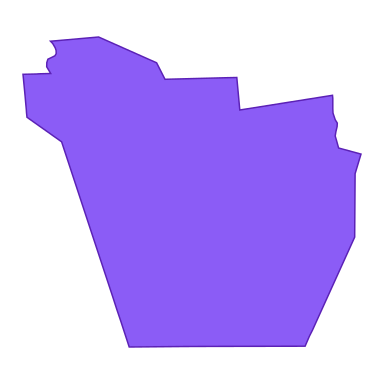 Regeneração, Piauí, Brazil (Natural Earth projection)
{"feature_id": "56859067B83556019928691", "entity_name": "Regeneração", "entity_type": "district", "adm_level": 2, "iso_a3": "BRA", "parent_name": "Brazil", "parent_adm1": "Piauí", "projection": "natural_earth1", "projection_center": [-42.521, -6.346], "detail": "fine", "context": "isolated", "style": "filled", "palette": "violet", "viewbox_px": 384, "rotation_deg": 0, "n_neighbors": 0, "source": "geoboundaries", "source_scale": "gbopen_adm2", "svg_char_len": 769}
<svg xmlns="http://www.w3.org/2000/svg" viewBox="0 0 384 384"><path d="M120.8,321.2L129.2,347.0L173.4,346.6L184.9,346.5L210.9,346.4L305.1,346.2L309.5,336.0L312.5,330.1L318.3,317.3L354.7,237.1L354.7,233.1L355.1,173.7L361.0,154.1L338.6,148.0L336.5,140.4L335.2,136.0L335.9,131.7L337.1,126.6L337.3,123.1L335.2,119.7L333.0,113.1L332.8,108.8L332.8,105.1L332.8,98.4L332.5,95.3L239.8,110.0L236.8,77.5L227.6,77.7L165.0,79.3L156.6,62.8L98.6,37.0L56.6,40.7L50.5,41.2L52.7,43.5L55.2,47.8L56.1,50.5L56.2,53.6L54.9,55.8L51.5,57.5L47.9,59.2L46.8,62.6L46.7,66.8L50.7,73.5L39.3,73.8L36.5,74.0L23.0,74.3L25.1,96.1L25.6,102.0L26.3,109.5L26.5,112.7L27.0,117.3L61.6,141.8L70.8,169.7L91.5,232.5L112.9,297.3L116.8,309.4L120.8,321.2Z" fill="#8b5cf6" stroke="#5b21b6" stroke-width="1.5"/></svg>